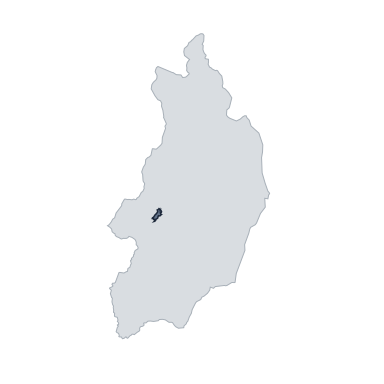 location of Cecerleg, Arhangay, Mongolia, rotated 281°
{"feature_id": "93677404B12707642123499", "entity_name": "Cecerleg", "entity_type": "district", "adm_level": 2, "iso_a3": "MNG", "parent_name": "Mongolia", "parent_adm1": "Arhangay", "projection": "albers", "projection_center": [101.208, 48.955], "detail": "fine", "context": "in_parent", "style": "filled", "palette": "slate", "viewbox_px": 384, "rotation_deg": 281, "n_neighbors": 0, "source": "geoboundaries", "source_scale": "gbopen_adm2", "svg_char_len": 5456}
<svg xmlns="http://www.w3.org/2000/svg" viewBox="0 0 384 384"><g transform="rotate(281 192 192)"><path d="M36.1,147.8L37.3,148.0L39.2,146.9L39.7,145.2L40.4,144.2L44.6,144.5L46.4,145.3L46.9,144.2L47.3,144.1L48.1,145.2L49.1,145.0L49.9,144.6L50.7,143.4L52.1,143.8L54.7,142.6L55.0,139.9L56.1,139.4L58.3,139.2L58.8,138.0L59.3,137.8L60.9,137.7L63.8,136.7L65.1,136.7L66.3,135.6L68.9,134.4L72.6,134.1L73.0,133.3L76.6,131.3L80.2,131.6L81.4,129.6L82.0,129.4L84.2,132.2L85.3,132.0L85.8,131.1L87.2,131.3L87.7,133.1L88.5,134.0L99.0,135.7L99.3,136.4L99.5,140.7L101.3,142.8L101.7,143.8L104.7,143.7L106.3,145.4L108.8,145.6L110.1,146.1L112.7,144.8L113.3,144.8L114.0,145.7L115.3,145.2L117.5,146.8L119.3,146.6L120.2,147.3L121.3,146.8L123.8,147.4L125.8,149.7L127.2,149.7L129.0,148.3L129.5,147.3L132.0,146.9L133.5,146.0L134.5,145.1L136.0,141.8L136.4,138.5L135.1,137.9L134.1,136.8L133.6,134.9L133.5,133.7L132.4,131.7L132.6,130.7L133.3,129.1L133.8,126.4L134.7,125.0L136.4,124.3L136.6,123.2L137.7,121.2L140.4,120.1L141.9,117.8L142.8,115.5L144.0,116.8L147.3,118.5L150.1,119.3L151.9,121.0L156.9,121.5L165.2,125.6L166.9,125.3L171.9,127.0L172.3,127.5L172.3,130.6L172.7,131.4L172.9,134.6L173.9,136.2L173.7,138.2L174.1,138.8L175.3,139.0L177.4,141.0L181.9,142.3L183.2,143.6L186.4,144.4L187.9,143.8L190.5,144.0L191.5,143.8L193.0,142.2L194.1,141.7L199.9,140.2L201.4,139.1L202.5,138.8L207.1,139.5L210.4,140.8L215.0,140.4L217.3,141.9L218.3,143.4L220.2,144.7L226.7,144.8L227.0,145.1L227.2,148.5L227.5,149.0L232.1,152.4L234.1,153.3L240.0,152.5L249.4,153.9L251.5,152.9L253.6,153.8L254.3,153.7L259.9,149.8L260.8,149.9L266.7,147.8L270.4,145.7L273.3,145.4L275.5,143.7L276.1,140.9L279.4,137.3L285.4,132.3L289.6,132.1L292.3,133.1L295.3,135.3L296.9,135.8L299.6,135.5L303.1,132.9L305.2,133.0L307.2,133.4L308.7,134.6L305.5,149.9L305.6,150.7L304.2,154.1L304.8,158.8L302.6,161.0L303.4,163.6L304.2,164.5L307.4,166.7L308.3,166.2L308.8,164.9L310.2,163.6L312.9,163.3L315.2,162.4L318.4,162.7L321.6,164.3L324.5,158.6L328.0,157.2L331.5,157.1L334.8,159.8L338.2,160.5L339.4,162.1L340.8,162.6L341.4,163.4L346.0,166.2L347.3,168.4L348.8,169.9L349.3,171.6L349.2,172.6L347.9,173.9L342.4,174.7L338.9,173.8L338.0,175.0L333.8,175.6L331.7,176.8L330.2,177.9L329.5,179.2L328.9,179.7L328.2,179.8L326.8,179.1L325.7,179.4L325.4,179.6L325.4,182.8L321.9,183.5L320.6,183.4L317.9,185.4L317.7,186.7L316.5,188.6L315.6,191.9L316.2,193.1L315.9,194.0L313.6,196.2L311.5,199.1L306.4,201.1L304.0,201.7L302.1,201.4L300.3,202.2L299.4,205.1L296.5,209.0L292.0,213.1L282.6,212.6L281.4,212.3L279.2,210.5L274.0,211.2L272.6,212.8L271.6,215.0L270.2,222.0L272.8,225.5L275.6,227.6L276.9,229.2L277.1,230.7L275.5,231.6L273.5,234.4L268.0,237.4L262.6,246.4L251.8,252.5L244.7,253.6L239.1,253.7L224.1,257.2L214.6,262.1L207.4,266.3L205.9,268.1L205.2,268.5L203.8,267.8L199.8,267.8L199.7,264.6L191.1,266.8L184.0,263.3L174.0,261.3L172.0,260.4L168.5,256.3L166.7,255.8L162.4,255.6L150.4,253.7L144.8,255.1L120.4,251.0L111.5,251.5L111.2,251.1L110.8,248.4L106.9,244.1L106.4,243.0L106.4,241.5L103.6,232.9L101.6,231.5L102.1,228.1L99.0,228.1L95.5,226.5L92.1,223.7L90.6,221.7L88.1,221.1L85.3,217.5L83.9,216.7L76.5,214.6L72.8,214.5L68.8,213.2L64.2,212.5L62.9,211.6L61.5,211.5L59.0,209.7L57.2,209.8L55.7,204.7L56.6,201.8L57.7,200.2L60.1,197.8L60.2,196.8L59.7,194.3L61.4,190.2L61.4,187.5L60.6,184.3L59.2,183.4L57.6,179.0L57.4,175.8L56.8,173.4L54.7,171.8L54.3,169.8L53.6,169.6L53.1,170.1L51.7,170.2L50.6,168.8L50.0,167.3L49.3,166.8L47.8,166.6L46.5,167.1L45.1,166.5L44.0,165.1L41.0,162.6L41.2,161.2L40.9,160.2L39.9,159.7L39.1,158.6L36.2,156.8L36.2,156.1L37.3,154.8L35.4,153.2L34.7,151.7L36.3,150.2L35.9,149.0L36.1,147.8Z" fill="#d9dde1" stroke="#a8b0b8" stroke-width="1"/><path d="M167.7,161.3L167.1,161.7L166.8,161.9L166.4,162.0L166.2,162.1L165.6,162.0L165.6,161.9L165.3,161.9L165.2,161.9L164.9,161.7L164.7,161.5L164.6,161.4L164.4,161.3L163.6,161.0L163.5,160.8L163.3,160.7L163.2,160.7L162.9,160.4L162.5,160.1L161.7,159.8L160.2,159.2L159.6,158.7L159.0,158.3L159.0,158.2L158.9,158.2L158.8,158.3L158.8,158.2L158.7,158.2L158.6,158.3L158.4,158.2L158.4,158.3L158.5,158.3L158.6,158.5L158.5,158.8L158.4,159.0L158.5,159.1L158.4,159.1L158.2,159.2L158.2,159.3L158.0,159.5L157.9,159.7L157.9,159.8L157.7,159.8L157.6,160.0L157.8,160.2L157.7,160.3L157.4,160.4L157.3,160.5L157.2,160.5L156.9,160.6L156.7,160.7L156.7,160.8L156.5,160.7L156.4,160.7L156.4,160.8L156.2,160.8L156.2,160.7L155.9,160.5L156.0,160.7L156.1,160.8L156.4,161.1L156.6,161.2L156.7,161.4L157.1,161.4L157.2,161.5L157.3,161.5L157.5,161.7L157.6,161.8L157.8,161.7L157.8,161.8L157.6,161.9L158.4,161.8L159.1,162.6L159.8,163.3L162.0,163.4L162.4,163.8L162.2,164.2L162.4,164.5L162.5,165.0L162.8,165.5L163.0,165.6L163.4,165.8L163.5,165.8L163.8,165.9L163.9,166.0L163.9,165.9L164.0,165.9L164.2,165.7L164.3,165.7L164.5,165.5L164.7,165.4L164.8,165.4L164.9,165.2L165.0,165.2L165.1,165.3L165.3,165.4L165.5,165.2L165.6,165.3L165.7,165.2L165.7,165.3L165.8,165.4L165.9,165.5L166.0,165.6L166.3,165.6L166.5,165.7L166.5,165.8L166.8,165.8L166.8,165.7L167.0,165.7L167.1,165.4L167.3,165.3L167.3,165.2L167.5,165.2L167.5,165.3L167.7,165.2L167.8,165.2L167.9,164.9L168.0,164.9L168.2,164.7L168.3,164.5L168.3,164.4L168.5,164.4L168.4,164.3L168.5,164.3L168.6,164.2L168.7,163.9L168.6,163.7L168.8,163.5L168.9,163.4L169.0,163.4L168.9,163.3L168.9,163.2L169.0,163.2L169.0,163.3L169.1,163.2L169.3,163.0L169.4,162.9L169.5,162.9L169.5,163.0L169.5,162.9L169.2,162.7L168.5,162.2L167.9,161.7L167.7,161.3Z" fill="#64748b" stroke="#1e293b" stroke-width="1.5"/></g></svg>